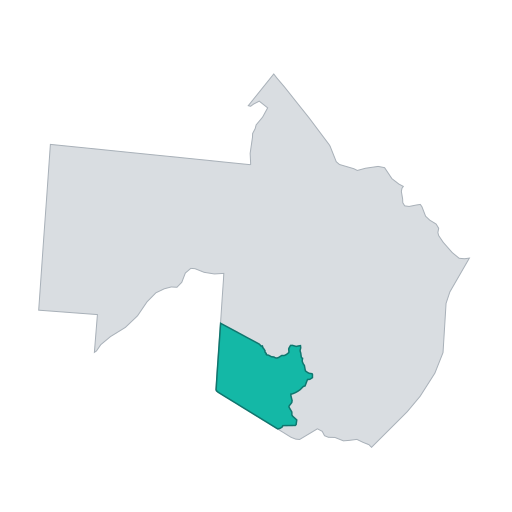 Huehuetenango highlighted on a map of Guatemala, rotated 274°
{"feature_id": "GTM-1943", "entity_name": "Huehuetenango", "entity_type": "Department", "adm_level": 1, "iso_a3": "GTM", "parent_name": "Guatemala", "parent_adm1": "", "projection": "robinson", "projection_center": [-91.471, 15.613], "detail": "fine", "context": "in_parent", "style": "filled", "palette": "teal", "viewbox_px": 512, "rotation_deg": 274, "n_neighbors": 0, "source": "natural_earth", "source_scale": "10m", "svg_char_len": 3216}
<svg xmlns="http://www.w3.org/2000/svg" viewBox="0 0 512 512"><g transform="rotate(274 256 256)"><path d="M73.2,384.6L75.6,381.9L77.6,375.7L80.1,369.4L78.6,362.0L77.7,356.1L80.5,347.4L80.2,340.9L81.5,336.9L85.7,334.3L87.9,329.3L76.0,312.3L76.1,308.4L77.6,303.6L87.2,285.3L98.6,263.6L111.2,239.7L118.8,225.3L146.4,225.3L164.6,225.3L187.8,225.3L213.0,225.2L229.5,225.2L236.4,225.1L235.2,215.7L236.1,205.4L239.1,196.0L239.1,191.8L234.1,186.7L224.6,183.8L219.3,179.3L219.2,173.6L216.9,166.8L212.3,158.7L202.7,150.5L188.1,142.0L175.7,130.7L165.5,116.5L156.8,107.4L150.2,103.5L148.6,101.5L168.1,101.7L186.5,101.9L186.6,81.5L186.7,63.4L186.8,43.0L220.2,43.0L260.1,43.0L301.4,43.1L333.9,43.1L353.0,43.1L352.2,68.5L351.3,97.8L350.6,119.4L349.7,148.2L348.8,177.6L347.5,217.7L346.7,243.7L347.1,244.3L358.0,243.0L374.1,244.2L378.0,244.1L383.0,246.3L386.8,247.0L395.0,252.9L404.6,257.3L410.7,248.4L407.4,243.0L405.0,240.2L405.4,237.8L438.8,261.0L434.9,264.5L426.4,272.8L411.1,286.8L397.4,299.4L384.1,310.9L372.2,321.2L370.8,322.2L355.6,329.5L353.1,332.9L349.9,347.5L348.4,351.1L351.2,359.2L353.9,371.6L353.1,378.1L342.6,386.2L337.8,393.4L335.7,398.1L333.8,396.9L330.5,396.5L323.1,398.3L319.4,398.7L316.4,400.8L316.1,405.3L318.1,412.6L318.9,416.3L316.7,418.1L307.5,422.4L303.9,426.8L300.4,433.5L296.4,436.3L292.1,435.8L289.1,436.8L282.7,441.8L273.1,451.5L267.9,458.8L267.8,464.2L268.8,469.0L233.7,451.9L222.0,448.9L172.7,449.3L151.6,442.6L127.5,429.5L111.2,417.7L73.2,384.6Z" fill="#d9dde1" stroke="#a8b0b8" stroke-width="1"/><path d="M85.1,289.6L88.5,283.1L95.7,269.3L102.9,255.5L109.2,243.5L113.6,235.0L115.3,231.8L117.4,227.8L118.5,226.3L120.0,225.5L124.1,225.5L136.7,225.4L149.2,225.4L161.8,225.4L174.4,225.4L186.4,225.4L175.3,250.0L174.4,251.9L168.4,265.3L168.2,265.6L166.5,267.4L166.6,268.1L166.7,268.3L166.8,268.5L166.6,268.7L166.3,268.9L165.5,268.9L165.1,269.0L164.8,269.6L162.3,271.5L162.0,271.6L161.4,271.6L161.1,271.6L160.9,271.7L160.7,271.8L159.6,272.9L159.2,273.1L158.8,273.1L158.6,273.1L158.3,273.3L158.1,273.7L158.0,275.0L157.7,276.0L157.2,277.1L156.9,277.6L156.7,278.2L156.6,278.6L156.5,281.0L155.9,282.0L155.8,282.5L155.7,282.8L155.7,283.1L155.7,283.4L155.7,284.1L155.8,284.3L155.9,284.6L156.1,285.1L156.2,285.3L156.3,285.5L156.6,286.0L158.4,288.4L158.6,288.8L158.6,289.1L158.6,290.4L158.7,291.0L159.1,292.0L159.7,292.9L160.2,293.6L161.9,295.4L162.3,295.5L162.8,295.5L165.5,295.1L166.6,295.4L169.2,296.7L169.4,298.6L168.6,302.3L168.7,302.9L169.2,304.5L169.7,306.6L168.2,306.9L167.4,307.0L165.2,306.6L164.4,306.6L162.3,307.4L158.4,308.2L157.6,308.7L157.2,309.6L154.9,309.4L153.8,309.6L151.6,310.7L150.2,311.9L146.2,312.9L145.3,313.2L144.8,313.4L144.5,313.8L143.3,315.8L142.8,317.0L142.7,317.2L142.5,319.9L142.4,320.2L142.1,320.4L141.7,320.6L138.6,320.8L136.8,318.4L136.5,317.4L136.6,316.4L135.9,315.8L129.8,314.0L129.3,312.6L128.4,311.6L127.5,310.9L125.7,309.3L124.0,307.2L122.5,304.9L121.2,302.3L120.7,300.9L120.7,300.5L119.3,300.5L114.3,302.1L112.3,301.9L109.2,299.8L108.4,299.4L107.8,299.4L107.2,299.7L105.7,300.7L102.9,302.6L99.9,302.9L98.7,303.8L95.6,307.7L95.3,308.1L90.7,307.8L89.7,307.0L88.8,296.1L88.6,294.6L87.2,294.0L85.6,291.8L85.1,289.6Z" fill="#14b8a6" stroke="#0f766e" stroke-width="1.5"/></g></svg>